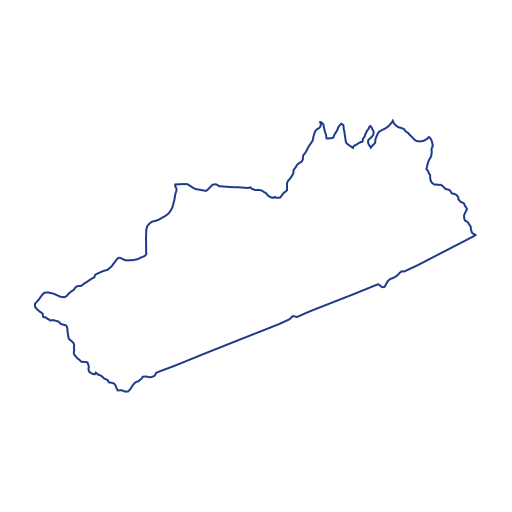 the district of Banissa, North-Eastern, Kenya, rotated 183°
{"feature_id": "3690345B63925745903052", "entity_name": "Banissa", "entity_type": "district", "adm_level": 2, "iso_a3": "KEN", "parent_name": "Kenya", "parent_adm1": "North-Eastern", "projection": "robinson", "projection_center": [40.459, 3.998], "detail": "fine", "context": "isolated", "style": "outline", "palette": "blue", "viewbox_px": 512, "rotation_deg": 183, "n_neighbors": 0, "source": "geoboundaries", "source_scale": "gbopen_adm2", "svg_char_len": 6078}
<svg xmlns="http://www.w3.org/2000/svg" viewBox="0 0 512 512"><g transform="rotate(183 256 256)"><path d="M474.1,196.9L474.1,193.9L472.1,191.5L470.9,190.6L468.7,188.9L467.3,188.2L466.0,187.1L465.7,185.6L465.3,184.0L464.2,183.7L462.5,183.7L461.4,182.5L459.5,181.9L458.6,180.9L454.8,181.3L453.4,181.0L451.9,180.6L450.4,180.4L448.9,179.5L447.3,177.9L444.2,177.2L442.1,176.8L441.0,175.1L440.4,172.9L440.3,170.5L439.9,169.0L439.6,168.0L439.5,167.0L439.2,165.2L438.3,163.2L435.9,161.5L433.9,159.8L433.2,158.5L432.9,157.0L433.1,155.7L432.6,152.4L432.8,151.2L432.9,149.4L432.2,147.8L429.6,145.0L428.5,144.1L427.3,143.4L426.2,142.4L425.3,141.5L424.0,141.2L419.9,141.2L418.7,140.7L417.8,138.7L417.1,136.7L417.4,135.3L417.2,133.3L416.3,131.4L413.7,130.0L412.2,129.5L410.7,129.5L409.9,131.2L408.5,130.2L407.5,129.1L406.2,129.1L404.8,128.5L402.9,127.2L401.2,125.7L398.9,124.9L397.3,124.0L397.1,122.9L395.8,122.0L394.5,122.0L392.8,121.7L390.9,121.1L389.8,119.8L389.1,118.4L388.4,116.8L387.2,114.6L385.5,114.6L383.9,114.9L382.2,114.7L380.3,113.8L378.8,113.8L376.7,114.0L375.1,115.8L373.6,118.0L372.6,119.9L371.2,122.0L370.0,123.4L368.7,124.1L366.8,124.8L365.4,126.2L363.7,127.7L362.9,129.4L361.6,129.7L359.7,129.9L358.0,129.7L356.5,129.4L354.9,129.4L352.9,130.1L351.3,130.9L350.1,132.5L349.6,134.1L346.3,135.7L331.1,142.3L298.0,157.8L263.8,173.5L229.4,189.2L219.3,194.5L216.0,198.0L211.9,197.2L202.5,202.0L193.6,206.2L156.3,223.1L133.5,233.8L132.2,234.2L128.6,231.6L126.5,231.6L125.7,232.3L124.6,234.8L123.3,237.4L121.2,239.8L118.7,240.9L116.1,242.3L113.8,244.1L111.4,246.9L109.7,248.3L107.2,248.3L94.0,255.3L40.6,286.6L37.9,288.4L38.6,289.0L40.0,289.5L41.3,290.3L41.9,291.3L42.6,293.4L42.9,294.4L43.0,295.8L43.2,296.7L44.1,297.7L44.7,298.6L46.0,300.5L46.9,301.4L48.2,301.7L49.3,302.6L49.9,303.9L50.1,305.3L50.4,306.6L50.2,308.1L49.4,310.1L48.7,311.4L47.8,314.0L48.7,315.5L50.0,316.9L50.4,318.2L50.6,318.6L51.1,319.3L51.6,319.7L51.9,319.9L53.8,320.5L54.6,320.8L56.1,322.5L56.9,323.2L56.9,324.9L57.7,325.9L58.3,326.7L58.9,327.4L61.5,328.5L63.5,328.6L64.2,329.4L65.8,331.7L66.8,332.2L67.2,332.3L68.5,332.5L70.6,333.0L71.7,334.3L73.4,335.6L74.4,336.4L75.6,336.8L77.0,336.5L77.9,336.7L79.8,336.8L81.0,336.5L82.6,337.3L84.1,338.3L85.4,340.0L85.6,341.2L86.1,342.6L86.4,346.0L87.6,347.5L88.0,348.6L88.9,350.2L90.3,351.6L90.0,353.7L89.4,356.7L89.1,358.5L88.2,361.0L87.1,363.2L86.3,364.7L86.2,366.6L85.9,368.1L86.3,371.8L86.1,372.9L85.4,374.5L85.4,376.5L86.3,379.3L87.1,381.3L88.4,383.0L89.5,383.9L90.4,383.0L91.3,381.9L92.5,381.2L93.7,380.4L95.0,379.7L97.3,379.1L99.5,379.0L101.8,379.3L103.8,380.4L105.9,382.5L109.4,385.5L110.7,387.0L112.2,387.7L113.4,388.7L114.8,390.4L116.0,390.9L118.4,391.7L120.1,391.9L121.8,392.7L124.5,394.9L125.6,396.3L126.5,398.2L127.2,396.8L128.3,395.2L130.7,392.4L133.1,390.4L136.9,388.3L139.6,386.5L140.9,384.4L142.7,379.4L142.9,377.6L142.9,375.5L144.0,373.9L145.5,372.4L147.0,370.2L148.0,371.6L149.3,373.4L150.1,375.4L149.9,377.7L146.1,381.7L145.3,383.1L144.9,385.4L145.3,387.1L146.5,388.7L147.2,390.2L147.6,390.7L148.0,391.2L148.7,391.8L149.4,391.1L149.9,390.2L150.1,389.0L150.8,388.1L151.8,386.7L152.2,385.5L153.4,382.7L153.7,381.2L155.4,378.4L155.5,376.0L156.2,375.4L157.4,375.3L158.2,374.6L159.1,374.4L159.9,373.7L160.9,373.0L161.6,372.4L162.7,372.0L164.5,370.3L164.8,369.0L167.5,370.7L168.8,371.4L169.4,371.8L171.5,373.3L172.3,375.0L173.5,380.8L173.9,382.8L174.4,385.5L175.1,387.3L175.2,388.6L175.4,390.2L175.7,391.2L175.9,391.5L176.6,391.9L177.4,392.3L177.8,392.6L178.8,391.4L179.7,390.2L180.7,388.5L181.3,386.5L181.6,385.6L184.2,380.9L184.5,379.5L184.7,379.1L185.2,378.3L185.5,378.0L185.8,377.9L187.3,377.6L188.3,377.5L190.0,377.1L190.5,377.0L191.5,377.1L191.9,377.4L192.2,380.0L193.7,383.8L195.0,388.4L195.7,391.0L196.4,391.7L198.3,393.2L198.9,393.1L198.6,392.4L198.3,390.9L198.2,390.4L198.3,389.4L198.4,389.0L198.5,388.6L199.4,387.3L202.3,385.3L202.6,384.9L203.5,383.5L203.7,383.1L204.8,378.5L205.4,374.5L205.6,373.9L205.9,373.4L207.7,370.4L209.5,367.5L209.7,367.0L210.2,365.7L210.9,364.1L212.1,361.7L214.0,359.1L214.2,358.5L214.3,355.4L214.3,354.9L214.5,354.4L215.0,353.3L215.3,352.7L215.7,352.3L217.0,351.5L218.2,350.7L219.2,349.8L220.2,348.3L221.1,346.4L222.0,345.3L222.9,343.9L223.0,341.2L223.1,340.6L223.3,340.0L224.4,337.8L226.0,335.1L227.9,332.8L228.2,332.3L228.4,331.7L228.8,330.3L228.8,329.6L228.8,329.1L228.5,324.8L228.5,323.3L229.0,322.7L231.8,320.2L233.0,318.6L233.7,317.4L234.4,316.3L235.1,315.5L235.9,315.5L237.0,315.4L237.4,315.3L238.1,315.2L238.9,315.3L239.4,315.5L240.0,316.0L240.5,315.8L241.3,315.0L241.7,315.0L242.1,315.0L242.7,315.3L244.2,315.2L244.6,315.5L245.3,316.0L246.4,316.4L246.7,316.6L247.8,317.6L249.6,319.5L250.0,319.7L251.0,320.0L252.6,321.1L254.2,321.8L255.6,322.0L257.3,322.1L258.6,321.9L259.7,321.8L260.4,321.9L260.8,322.0L262.2,322.5L263.4,322.7L265.1,324.2L266.1,324.0L267.3,323.6L267.7,323.5L268.0,323.5L277.2,323.7L278.1,323.8L279.9,323.6L285.0,323.5L296.5,323.8L297.0,324.0L298.7,325.2L299.1,325.3L300.2,325.5L301.9,325.2L302.4,325.1L303.5,324.5L308.0,319.4L309.4,318.4L310.1,318.5L317.1,319.4L319.5,319.6L320.0,319.8L321.8,320.5L328.3,324.2L332.4,324.0L340.4,323.2L340.5,322.7L340.3,321.4L339.3,319.8L339.1,319.4L338.9,318.3L338.8,317.9L338.8,317.4L339.7,314.2L340.5,307.5L342.1,300.0L343.6,296.8L345.5,293.9L348.8,291.1L351.3,289.6L354.8,287.3L357.1,286.2L361.1,285.0L361.5,284.8L362.3,284.4L364.7,282.1L366.1,280.1L366.7,277.9L366.9,275.5L366.8,268.8L365.9,254.3L365.6,252.4L366.3,251.2L366.6,250.8L366.9,250.5L367.8,249.8L370.2,248.7L371.2,248.3L372.3,247.7L372.8,247.3L373.2,246.9L378.3,245.5L385.6,244.8L388.4,245.7L391.3,247.0L392.6,247.1L394.2,246.2L397.1,242.0L399.8,237.9L403.6,234.4L408.2,232.8L413.7,230.0L415.1,229.1L415.6,228.7L416.1,227.4L416.1,226.7L416.9,225.8L418.5,225.1L420.0,223.9L421.3,223.0L423.4,221.3L426.2,219.5L428.5,217.4L430.0,216.8L431.7,216.8L433.7,216.1L434.7,215.0L436.4,212.5L438.8,210.8L441.0,208.7L443.2,206.0L444.6,205.1L446.2,204.8L449.2,205.1L456.0,207.7L461.7,208.7L464.7,208.4L466.4,207.4L468.3,204.8L470.7,201.0L474.1,196.9Z" fill="none" stroke="#1e3a8a" stroke-width="2"/></g></svg>